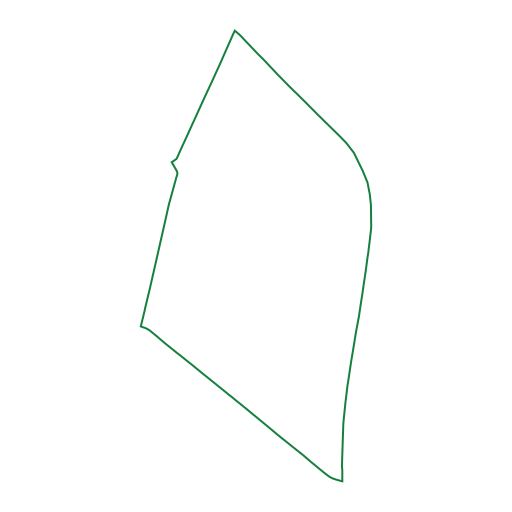 Pom Prap Sattru Phai, Bangkok Metropolis, Thailand
{"feature_id": "78962969B85320273123577", "entity_name": "Pom Prap Sattru Phai", "entity_type": "district", "adm_level": 2, "iso_a3": "THA", "parent_name": "Thailand", "parent_adm1": "Bangkok Metropolis", "projection": "mercator", "projection_center": [100.511, 13.751], "detail": "fine", "context": "isolated", "style": "outline", "palette": "green", "viewbox_px": 512, "rotation_deg": 0, "n_neighbors": 0, "source": "geoboundaries", "source_scale": "gbopen_adm2", "svg_char_len": 1938}
<svg xmlns="http://www.w3.org/2000/svg" viewBox="0 0 512 512"><path d="M234.8,30.7L233.0,34.4L229.2,43.1L227.4,47.1L225.9,50.5L219.9,64.2L219.0,66.1L216.0,72.7L212.6,80.2L209.1,87.7L205.3,95.8L193.6,121.5L192.2,124.5L191.0,127.2L186.4,137.3L183.6,143.4L182.3,146.1L181.7,147.5L180.4,150.3L179.1,153.2L179.0,153.5L176.6,158.8L175.6,159.5L174.0,160.7L171.7,162.2L176.5,170.5L177.1,171.7L177.3,172.9L177.4,174.0L176.9,175.7L176.3,177.6L168.9,204.4L162.3,233.8L149.7,289.2L145.4,307.0L144.5,311.3L143.9,313.7L140.8,326.4L142.3,327.0L145.3,328.0L146.6,328.6L149.4,330.2L157.8,337.1L161.3,340.2L166.0,344.1L171.0,348.1L176.3,352.4L177.1,353.0L180.6,355.7L185.2,359.4L185.9,360.0L189.9,363.2L191.5,364.4L196.2,368.3L197.6,369.4L201.5,372.6L202.8,373.7L206.1,376.3L211.4,380.6L216.8,384.9L218.9,386.7L219.8,387.3L221.8,389.0L225.8,392.2L228.7,394.6L232.2,397.3L235.5,400.1L243.1,406.2L244.3,407.2L247.5,409.8L248.6,410.7L249.8,411.7L253.0,414.4L255.8,416.6L257.9,418.4L258.3,418.7L259.0,419.3L262.7,422.3L265.2,424.4L268.0,426.7L270.4,428.7L273.6,431.4L276.2,433.6L281.0,437.5L283.6,439.6L283.9,439.8L297.7,450.9L301.7,454.0L303.9,455.8L305.8,457.5L310.7,461.7L319.3,468.8L324.1,472.7L326.3,474.4L329.5,476.8L332.6,478.4L336.1,479.6L342.3,481.3L342.3,469.8L342.0,467.3L342.1,461.1L342.6,445.3L343.3,424.1L343.7,419.6L345.5,402.0L347.6,384.7L348.0,382.6L351.1,361.8L353.3,348.7L356.0,332.0L358.9,316.6L361.0,302.5L362.2,295.0L363.3,287.2L365.3,273.8L365.6,271.8L367.6,256.8L368.3,252.4L369.9,239.1L371.1,228.7L371.2,226.4L371.2,223.7L371.1,222.1L371.1,216.4L370.9,204.6L369.7,193.7L369.0,190.3L367.6,183.0L367.5,182.5L362.7,170.8L354.6,154.3L353.9,152.8L347.0,143.9L346.0,142.7L343.7,140.3L339.6,136.1L328.5,125.2L317.4,114.3L307.7,104.5L296.1,93.0L294.7,91.7L288.6,85.7L279.6,76.5L278.0,74.9L271.3,67.8L263.1,59.1L257.7,53.8L255.7,51.7L252.1,47.9L242.6,37.9L239.2,34.4L238.3,33.7L234.8,30.7Z" fill="none" stroke="#15803d" stroke-width="2"/></svg>